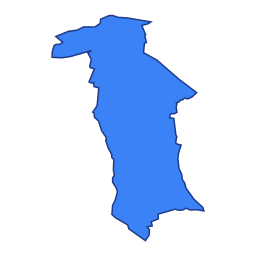 Cork City South Central Lea-6, Cork, Ireland
{"feature_id": "5873133B95001946419270", "entity_name": "Cork City South Central Lea-6", "entity_type": "district", "adm_level": 2, "iso_a3": "IRL", "parent_name": "Ireland", "parent_adm1": "Cork", "projection": "mercator", "projection_center": [-8.467, 51.868], "detail": "fine", "context": "isolated", "style": "filled", "palette": "blue", "viewbox_px": 256, "rotation_deg": 0, "n_neighbors": 0, "source": "geoboundaries", "source_scale": "gbopen_adm2", "svg_char_len": 1388}
<svg xmlns="http://www.w3.org/2000/svg" viewBox="0 0 256 256"><path d="M203.9,210.9L202.8,207.4L194.0,199.3L186.0,188.2L184.6,182.9L182.3,179.4L181.7,174.3L179.0,168.7L177.9,158.8L178.4,153.6L181.1,145.0L177.1,144.1L175.6,142.6L176.8,136.5L175.9,135.1L173.8,118.4L169.5,117.7L170.7,113.7L173.9,113.8L176.9,112.4L176.2,106.3L177.0,103.7L176.3,102.8L179.6,101.5L180.3,99.9L182.5,100.0L184.5,98.0L187.6,98.9L192.0,97.0L196.6,92.6L178.5,78.9L156.7,59.9L143.5,52.7L144.5,42.9L146.4,42.6L144.8,35.6L145.6,34.8L141.8,25.4L147.8,23.9L150.9,21.9L127.6,18.0L117.8,17.3L112.4,15.4L108.8,15.7L100.6,19.2L100.1,23.5L94.8,27.0L83.7,26.9L77.2,30.1L68.5,31.3L55.8,36.5L62.7,42.3L59.7,44.3L56.0,44.4L54.1,45.6L52.2,52.1L52.1,57.3L61.8,57.8L70.5,56.5L91.5,50.5L87.9,53.0L91.3,59.3L89.8,66.0L90.1,67.6L94.4,68.9L89.0,81.9L91.4,83.1L93.6,82.6L94.0,86.6L98.5,87.7L98.6,90.2L97.1,105.7L92.7,112.2L94.0,112.9L94.5,117.4L98.5,120.9L101.7,131.0L105.9,137.0L106.4,139.0L105.7,140.4L108.2,148.0L111.8,154.7L111.7,157.3L113.8,159.7L113.4,170.2L114.3,175.5L112.6,177.9L112.7,182.3L116.5,188.5L117.4,192.1L115.1,200.5L112.6,205.3L111.9,214.4L115.4,217.7L127.7,224.9L128.9,228.9L145.4,240.6L149.2,234.8L149.4,229.6L147.1,226.8L152.2,226.0L151.3,221.7L158.2,218.9L158.2,214.1L175.2,209.2L178.5,210.2L182.9,210.0L186.0,208.2L190.2,210.0L197.0,209.7L203.9,210.9Z" fill="#3b82f6" stroke="#1e3a8a" stroke-width="1.5"/></svg>